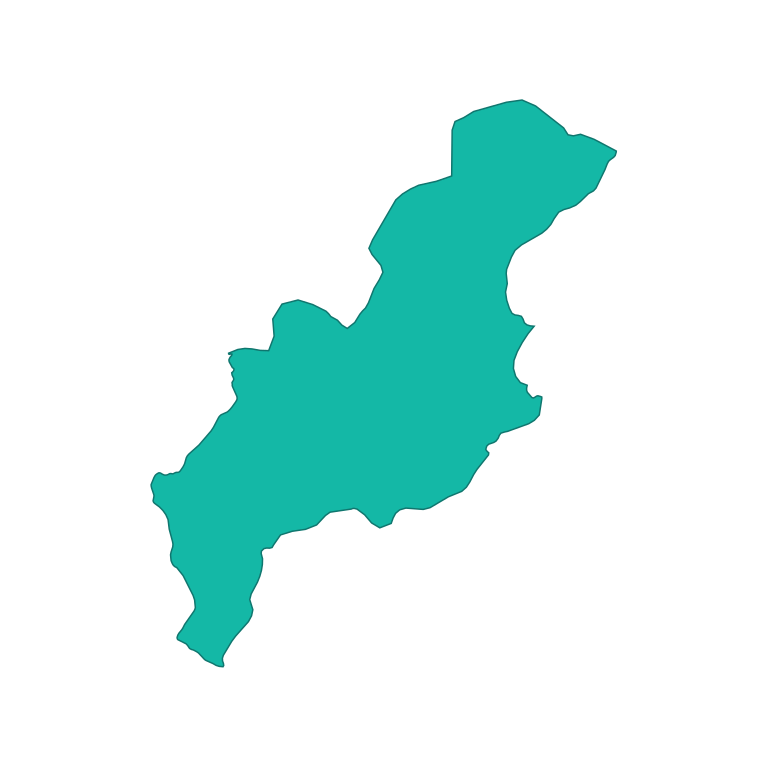 SVG path tracing the border of Cuvette-Ouest, rotated 221°
{"feature_id": "COG-2185", "entity_name": "Cuvette-Ouest", "entity_type": "Region", "adm_level": 1, "iso_a3": "COG", "parent_name": "Republic of the Congo", "parent_adm1": "", "projection": "equal_earth", "projection_center": [14.65, 0.103], "detail": "fine", "context": "isolated", "style": "filled", "palette": "teal", "viewbox_px": 768, "rotation_deg": 221, "n_neighbors": 0, "source": "natural_earth", "source_scale": "10m", "svg_char_len": 3772}
<svg xmlns="http://www.w3.org/2000/svg" viewBox="0 0 768 768"><g transform="rotate(221 384 384)"><path d="M312.8,272.6L322.3,271.9L324.8,270.6L325.9,269.6L326.6,268.2L340.6,251.9L341.9,246.4L342.4,233.4L347.9,222.8L356.6,212.7L363.1,202.2L361.8,190.3L361.2,187.2L362.6,185.1L364.9,183.3L366.6,181.0L366.9,177.5L365.5,175.5L361.0,172.4L357.4,168.0L354.2,162.9L351.6,157.4L349.5,151.4L346.5,138.4L343.9,133.2L334.9,127.6L331.9,122.2L330.4,115.7L330.6,96.5L330.1,89.9L327.3,74.0L326.1,71.1L324.1,69.0L321.9,67.8L320.3,66.4L320.0,65.0L323.1,62.8L326.1,61.5L329.7,60.8L336.9,58.6L338.0,58.4L339.2,58.4L347.6,59.3L349.9,59.0L353.4,58.2L355.0,57.4L356.1,57.1L357.3,56.9L360.6,57.8L362.8,58.1L371.9,55.8L372.9,56.1L373.9,57.0L374.9,59.3L375.3,61.6L375.4,65.8L375.7,67.8L376.7,71.8L378.4,88.0L378.9,89.9L379.7,91.5L385.3,96.8L389.4,99.2L409.9,107.6L420.1,109.5L421.6,109.0L423.0,108.9L424.6,109.1L426.4,109.8L428.8,111.0L433.0,115.0L434.4,117.4L436.6,122.5L438.2,124.7L440.3,126.4L450.8,133.5L458.0,140.0L463.0,142.3L467.9,143.5L472.8,143.9L478.9,143.4L480.3,143.6L481.6,144.3L483.8,148.1L484.5,149.0L485.8,149.9L491.1,153.0L492.7,154.2L493.6,155.1L493.8,155.4L496.2,162.4L496.7,164.8L496.7,165.5L496.5,166.8L496.2,167.9L495.8,169.0L495.0,169.8L494.1,170.2L491.8,170.6L489.8,171.3L489.0,172.0L488.3,172.8L487.7,173.7L487.0,175.6L486.6,176.1L486.0,176.7L485.2,177.1L484.6,177.5L484.2,178.0L483.3,180.3L482.7,181.1L481.4,182.3L481.0,182.9L480.8,183.8L480.8,185.2L481.3,189.5L481.9,192.1L482.3,193.3L484.8,198.6L485.3,200.9L485.3,203.1L483.6,216.5L483.7,235.1L484.3,239.5L486.8,250.0L487.0,251.4L486.9,252.9L486.7,254.1L484.2,259.4L483.9,260.2L483.8,260.8L483.7,261.4L483.5,264.0L483.6,267.2L484.2,273.3L484.5,274.7L484.8,275.9L485.6,277.0L486.8,278.1L496.7,282.7L497.6,283.3L498.3,284.2L499.6,285.3L499.9,286.5L500.0,287.7L500.4,288.9L501.5,289.8L504.5,291.1L506.3,292.6L506.1,294.1L506.2,295.4L506.6,296.3L507.5,297.1L509.2,296.9L515.2,299.1L516.2,299.8L517.0,300.7L517.4,301.9L517.7,303.3L517.7,304.9L517.9,306.2L518.4,306.8L519.4,306.1L519.9,305.2L520.4,304.8L521.0,304.8L521.5,305.3L517.0,314.1L512.3,319.6L506.6,323.9L499.4,328.2L492.9,333.5L498.3,348.0L510.6,360.1L513.4,377.4L504.0,391.0L489.9,397.2L475.5,400.9L471.9,400.7L468.4,400.0L461.0,401.6L454.4,400.8L448.2,401.8L446.4,411.2L448.0,421.0L448.1,425.1L447.8,429.2L449.0,435.1L454.2,449.6L455.9,459.5L458.1,467.6L464.1,471.5L478.0,473.9L484.4,476.5L487.2,485.3L495.9,530.8L494.7,539.6L491.9,548.5L488.2,556.8L477.5,571.3L469.4,585.4L499.1,620.3L502.6,628.7L498.6,637.3L495.1,648.5L476.5,676.9L466.1,688.9L451.9,693.3L416.4,695.1L408.6,692.8L403.9,695.5L399.5,701.4L386.0,706.5L361.5,712.2L360.8,711.2L359.4,708.1L359.4,705.9L360.4,701.5L360.6,699.3L359.9,696.4L357.9,690.8L352.5,670.9L352.6,667.2L354.6,661.8L355.5,650.8L356.5,644.9L359.4,638.7L362.7,633.7L364.9,628.3L364.1,620.5L362.8,614.0L362.8,607.8L363.8,601.5L371.5,579.2L372.8,570.9L371.1,563.3L366.7,551.0L364.3,547.6L356.8,540.6L352.6,533.1L346.3,527.7L339.1,523.4L333.8,521.3L330.5,522.0L327.6,523.9L324.7,525.2L321.6,524.2L318.2,522.3L314.9,522.4L311.8,523.8L308.6,526.1L308.3,516.6L306.9,506.1L304.6,495.8L301.4,487.1L296.5,480.6L289.6,476.1L282.0,474.5L275.1,477.0L273.7,474.5L272.2,472.8L270.4,471.8L263.6,470.8L262.1,471.4L261.4,473.1L260.9,475.0L260.1,476.1L257.6,477.3L256.4,477.7L255.3,476.5L246.5,462.5L246.7,455.3L248.7,449.0L257.3,433.6L259.6,429.4L261.5,426.9L263.5,423.6L263.3,421.0L262.3,418.1L262.0,414.4L262.8,411.9L265.5,407.2L265.7,404.5L264.3,401.4L262.0,400.8L259.8,400.8L258.6,399.0L257.8,380.6L256.9,374.4L255.0,366.5L254.1,360.1L254.9,354.0L261.4,341.1L268.1,320.9L272.1,315.1L286.1,304.7L289.6,299.3L290.4,294.0L289.2,288.8L287.1,283.5L292.8,272.7L302.2,271.0L312.8,272.6Z" fill="#14b8a6" stroke="#0f766e" stroke-width="1.5"/></g></svg>